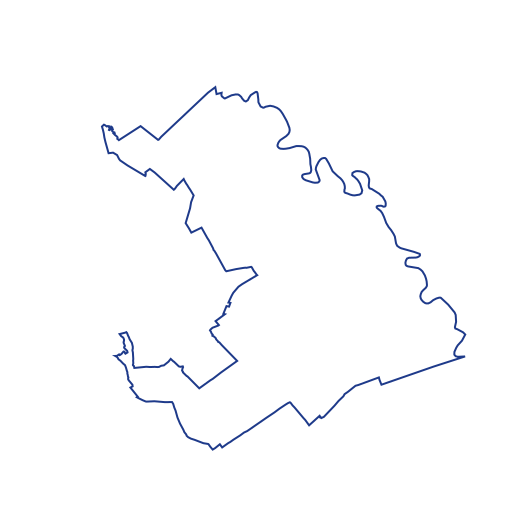 Stanilesti, Vaslui, Romania, rotated 339°
{"feature_id": "2599482B69878309601464", "entity_name": "Stanilesti", "entity_type": "district", "adm_level": 2, "iso_a3": "ROU", "parent_name": "Romania", "parent_adm1": "Vaslui", "projection": "equal_earth", "projection_center": [28.168, 46.666], "detail": "fine", "context": "isolated", "style": "outline", "palette": "blue", "viewbox_px": 512, "rotation_deg": 339, "n_neighbors": 0, "source": "geoboundaries", "source_scale": "gbopen_adm2", "svg_char_len": 6082}
<svg xmlns="http://www.w3.org/2000/svg" viewBox="0 0 512 512"><g transform="rotate(339 256 256)"><path d="M415.2,424.7L408.2,422.4L406.6,421.2L405.9,419.7L405.9,418.9L406.9,416.6L410.1,413.4L412.3,411.7L417.9,408.9L423.2,404.3L422.0,401.5L417.7,396.5L416.1,395.1L416.2,393.7L419.2,389.2L421.3,382.6L421.2,379.9L418.0,370.3L413.6,361.3L412.9,360.8L411.9,360.5L409.2,360.3L405.6,360.7L402.4,361.8L399.9,362.0L398.0,361.3L397.0,360.5L395.7,358.6L394.8,356.2L394.6,354.6L395.0,352.4L396.2,350.6L397.8,348.9L399.7,347.9L403.2,346.5L404.6,345.4L405.2,344.4L406.2,340.9L406.6,338.1L406.7,334.7L405.9,330.0L404.8,327.7L403.2,325.5L394.2,320.2L393.4,319.5L392.9,318.9L392.6,317.9L392.9,316.4L393.2,315.6L394.4,313.9L396.1,312.5L398.3,312.5L404.5,314.7L406.1,315.0L407.7,314.9L409.1,314.4L409.5,313.9L409.6,312.7L404.9,308.7L394.4,300.9L393.1,299.6L391.5,297.2L391.3,295.5L391.3,294.2L392.6,287.6L392.3,284.5L391.4,280.2L390.2,276.5L389.4,271.9L389.5,265.4L389.2,261.2L388.5,258.6L386.5,255.2L386.1,254.3L386.1,253.6L386.5,253.0L387.4,252.9L388.2,253.0L390.8,253.9L391.4,254.3L392.6,255.6L394.0,256.0L394.7,255.8L395.2,255.2L396.0,253.3L396.3,251.4L395.5,246.1L394.3,244.1L393.4,242.1L388.1,235.0L386.3,233.6L386.1,232.2L386.5,230.5L388.4,226.8L389.2,224.8L389.2,222.6L389.0,220.5L388.3,218.9L387.2,217.1L384.4,214.8L383.0,214.0L381.3,213.2L379.8,212.7L377.7,212.7L375.8,213.1L374.8,214.9L375.0,215.7L376.5,217.9L377.1,219.3L377.8,220.6L378.4,222.6L379.0,225.9L378.7,232.8L377.0,235.2L374.7,235.8L369.9,234.8L368.1,234.0L366.0,232.5L363.9,230.5L362.2,229.2L361.6,228.5L361.5,227.6L362.4,225.7L363.2,224.7L363.9,222.6L364.2,220.4L364.0,218.1L363.6,216.2L362.7,213.8L360.9,210.7L357.9,204.4L357.2,195.7L356.3,190.4L355.5,189.2L354.0,188.7L352.2,188.6L350.3,189.2L348.0,190.7L344.6,193.8L343.6,195.1L342.8,196.6L342.6,208.0L342.0,208.9L341.1,209.4L340.0,209.6L337.2,208.7L335.3,207.6L329.6,203.1L328.0,201.2L327.4,199.2L327.7,198.0L328.0,197.4L328.8,196.9L330.5,196.9L335.2,197.9L336.4,197.8L337.2,197.3L338.4,195.6L339.2,192.6L339.7,189.7L341.4,184.7L342.4,179.6L342.6,177.5L342.2,175.4L341.5,173.6L340.7,172.2L339.6,171.0L338.0,169.9L334.9,168.5L332.9,167.8L326.1,167.3L322.2,166.5L319.9,165.8L317.2,164.5L316.3,163.6L315.6,162.1L315.5,161.1L315.8,160.2L317.3,158.4L318.6,157.4L320.3,156.5L327.2,154.9L330.1,153.6L331.6,152.2L332.6,150.5L333.1,148.3L333.1,144.7L333.1,141.8L332.8,139.2L331.9,133.0L331.1,129.6L330.2,127.4L328.7,125.2L325.9,122.6L323.0,120.8L318.5,120.1L316.4,120.3L315.8,120.1L313.9,118.1L313.4,113.9L313.4,113.2L314.3,110.6L315.8,104.6L315.6,103.2L314.9,102.8L313.6,102.9L308.8,103.9L306.5,105.5L304.2,107.6L301.9,108.1L300.6,106.9L299.5,103.9L299.2,102.1L298.0,99.8L297.1,98.8L295.0,97.9L290.8,97.2L283.4,97.8L282.9,97.4L281.5,95.0L281.3,94.2L281.4,93.2L282.4,91.3L277.2,90.7L278.5,83.8L269.8,86.3L210.3,110.7L206.9,112.5L206.2,112.5L194.8,93.4L169.5,98.7L169.1,97.8L168.5,96.9L169.3,95.6L168.9,94.4L167.7,92.4L167.0,90.7L168.1,90.7L168.1,89.9L167.4,89.8L166.5,87.9L166.8,86.6L167.7,86.6L167.8,84.5L167.5,83.8L164.8,85.9L164.3,86.0L163.9,85.6L164.3,85.1L165.7,84.0L166.5,83.7L166.3,83.5L165.1,83.6L164.9,83.0L165.7,82.7L165.8,82.5L164.3,81.6L163.8,81.5L163.1,81.6L161.7,79.5L161.1,78.9L158.6,79.9L158.3,83.5L157.8,87.0L156.9,91.1L156.3,95.6L155.2,107.2L159.6,108.3L162.5,112.0L162.9,116.2L163.4,118.0L168.5,125.4L181.8,142.3L181.4,140.5L182.5,140.0L182.7,138.2L188.1,136.7L191.3,141.7L203.0,164.7L204.5,164.1L207.3,162.2L216.1,158.2L216.2,159.8L216.8,163.6L217.2,165.0L217.7,167.9L218.3,170.4L219.5,177.1L214.7,182.5L211.5,187.9L202.1,200.1L203.3,206.1L204.0,211.0L215.3,210.0L217.0,221.8L217.6,224.5L218.7,233.6L218.5,235.1L219.0,236.2L219.6,239.3L222.2,258.3L222.8,259.6L232.7,261.1L239.9,262.6L241.9,263.1L242.8,263.6L247.6,264.4L248.0,265.0L248.6,269.2L249.1,270.6L249.9,273.7L250.2,274.3L233.0,277.3L228.6,278.4L221.6,282.2L219.2,284.2L213.6,289.6L215.3,290.6L212.7,293.6L210.5,292.2L204.8,298.3L206.1,299.2L194.9,302.3L196.6,307.2L196.0,307.4L189.7,307.4L187.3,308.3L186.4,308.9L186.8,310.6L186.8,312.5L187.4,313.9L186.7,314.8L187.7,315.8L188.8,317.8L189.0,318.6L188.9,319.2L189.1,319.9L189.3,320.6L189.8,321.5L189.9,322.7L190.8,323.4L192.1,326.9L200.8,347.2L181.6,352.2L171.6,355.2L168.8,355.7L155.6,359.2L148.8,343.7L148.3,343.3L146.1,338.5L146.3,338.1L146.1,336.9L145.9,336.5L146.9,334.9L148.1,333.6L148.1,332.8L145.6,332.3L144.4,331.4L141.5,325.2L141.1,324.8L139.5,321.5L136.4,323.3L130.8,325.1L128.2,324.5L125.7,324.8L124.3,324.4L121.7,323.2L117.3,321.7L113.9,320.1L102.3,316.9L102.6,315.0L102.0,314.1L102.0,313.6L103.0,312.2L103.8,309.6L104.5,308.2L106.5,301.9L106.8,299.9L107.3,298.9L107.7,298.5L108.5,296.4L109.0,292.6L108.2,288.5L108.2,286.1L108.0,284.5L108.0,281.7L107.6,280.6L106.5,280.7L100.7,280.0L101.4,282.5L102.8,284.6L102.9,286.6L102.7,287.0L102.4,287.9L101.9,288.3L101.8,288.8L101.3,289.5L101.4,293.0L100.2,293.8L100.1,294.2L100.1,294.8L101.7,298.4L101.7,298.9L101.5,300.0L99.1,300.4L98.9,299.8L99.0,298.8L98.5,297.8L98.1,297.7L95.2,299.3L93.4,299.7L93.2,299.7L92.9,298.8L90.4,299.4L88.8,298.9L90.0,300.4L90.5,301.8L90.5,302.6L90.7,303.3L91.9,305.2L93.4,308.8L94.6,311.0L94.6,313.7L94.3,316.9L94.3,318.3L93.7,319.9L93.7,320.8L93.2,323.0L93.4,323.5L92.5,325.0L92.6,326.4L94.5,331.9L94.1,333.5L91.6,333.8L95.2,345.0L94.2,345.2L95.1,346.3L98.5,350.0L100.9,352.3L101.6,352.7L109.1,355.2L118.4,359.7L125.3,362.3L125.7,364.4L125.4,368.3L125.5,371.4L124.8,378.7L125.0,385.2L125.9,392.1L126.0,394.9L126.9,397.6L126.8,398.9L127.7,400.8L129.8,403.2L132.8,405.6L139.8,411.9L143.9,414.3L144.2,414.6L145.0,417.8L146.2,421.2L149.0,420.7L154.8,418.8L155.8,422.6L163.1,420.7L165.3,420.4L169.1,419.4L177.0,417.8L181.6,416.5L185.0,416.3L207.6,410.8L217.3,408.6L223.3,406.9L230.5,405.3L233.1,404.8L235.2,404.7L235.8,405.7L236.6,408.6L237.7,411.2L242.3,424.5L243.2,426.7L244.9,433.1L258.1,428.0L258.2,428.9L257.7,429.1L258.0,429.7L258.6,429.5L259.0,430.7L261.7,430.5L275.6,423.9L281.1,420.9L287.3,418.3L289.2,416.7L293.0,415.8L302.4,412.8L305.4,413.1L327.2,413.4L326.9,416.1L327.0,421.1L382.3,422.9L415.2,424.7Z" fill="none" stroke="#1e3a8a" stroke-width="2"/></g></svg>